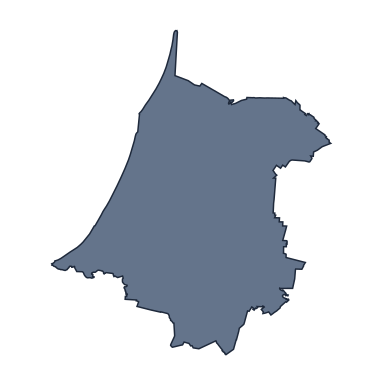 outline of Guasave, Sinaloa, Mexico, rotated 94°
{"feature_id": "50627088B56884755613455", "entity_name": "Guasave", "entity_type": "district", "adm_level": 2, "iso_a3": "MEX", "parent_name": "Mexico", "parent_adm1": "Sinaloa", "projection": "orthographic", "projection_center": [-108.478, 25.508], "detail": "fine", "context": "isolated", "style": "filled", "palette": "slate", "viewbox_px": 384, "rotation_deg": 94, "n_neighbors": 0, "source": "geoboundaries", "source_scale": "gbopen_adm2", "svg_char_len": 5852}
<svg xmlns="http://www.w3.org/2000/svg" viewBox="0 0 384 384"><g transform="rotate(94 192 192)"><path d="M303.7,251.2L303.6,239.9L304.4,240.0L304.4,239.9L304.7,238.7L305.3,237.6L310.0,238.9L312.5,225.1L314.1,214.8L313.7,214.7L315.0,207.6L315.9,206.8L317.0,206.1L318.9,205.8L320.4,204.5L321.5,204.4L322.4,203.0L324.1,201.6L324.1,200.9L336.4,199.3L337.3,199.4L345.5,202.5L345.9,202.6L346.6,202.6L348.1,201.0L348.2,200.7L347.7,199.0L345.7,192.7L345.6,192.4L345.2,190.8L344.5,190.4L343.6,190.1L343.2,189.8L342.3,189.5L342.3,189.2L343.3,184.4L345.6,182.6L345.3,181.2L347.4,179.9L347.9,174.2L338.8,157.8L339.4,157.3L340.2,157.2L340.9,156.9L341.1,156.4L345.9,152.2L347.5,150.6L347.9,150.6L348.1,150.9L348.4,150.7L348.8,150.2L348.8,149.8L349.5,149.5L349.6,148.6L350.5,147.9L350.6,148.1L351.2,147.8L351.9,146.8L346.0,139.6L336.6,137.7L336.0,137.5L336.1,137.3L327.8,135.7L324.6,135.3L320.4,131.1L318.5,130.6L306.8,128.3L307.0,126.7L302.5,124.3L303.7,122.5L304.7,123.1L305.5,121.8L303.4,120.5L303.7,119.7L303.6,119.4L302.5,118.4L301.7,119.0L301.6,114.4L301.0,113.7L301.4,113.5L301.0,112.6L301.7,111.9L304.3,114.7L306.6,112.5L308.3,112.8L308.1,111.9L307.6,110.3L306.3,107.1L309.2,104.7L307.6,102.8L306.5,101.6L304.6,99.1L304.1,98.7L301.6,96.1L300.1,95.8L294.9,90.8L295.3,90.0L293.0,87.9L292.2,88.3L292.7,89.6L292.5,90.6L292.4,90.7L292.2,90.4L291.9,90.3L291.9,90.9L291.4,91.9L291.3,92.6L290.3,94.1L289.4,94.5L288.7,94.2L288.0,93.5L288.0,92.9L288.0,91.9L288.5,91.2L288.8,91.2L288.5,89.8L288.9,89.3L288.9,89.1L288.1,88.9L288.1,89.6L287.5,90.9L287.3,90.9L286.9,91.1L286.5,91.8L286.2,91.6L285.4,92.5L284.4,93.4L283.7,94.2L284.1,94.6L283.6,95.1L284.0,95.4L283.5,96.6L283.3,97.0L282.4,97.8L281.8,97.8L282.0,97.1L282.0,96.9L281.1,84.9L271.6,83.5L262.4,83.4L261.6,83.2L261.4,77.0L258.0,75.5L257.4,75.6L254.4,74.0L250.8,93.6L247.5,93.8L247.4,94.1L247.0,95.2L246.7,96.5L245.4,96.5L240.2,96.8L240.0,94.1L237.2,94.3L237.4,93.6L237.2,93.6L235.9,93.6L235.8,93.8L234.6,93.7L234.0,94.1L234.0,98.1L223.3,95.9L219.4,95.2L219.5,99.2L215.5,99.3L215.7,102.9L211.7,102.9L211.9,107.8L209.3,106.9L209.1,108.0L207.3,107.9L207.2,109.6L206.0,109.6L205.8,109.7L205.5,109.6L197.5,109.8L193.4,109.6L172.4,109.4L172.4,111.6L169.3,108.6L168.4,109.8L167.1,110.9L166.0,111.7L164.9,112.7L159.5,109.6L162.1,105.3L158.9,103.4L160.5,100.6L155.2,97.4L154.4,96.8L154.1,96.4L153.4,95.4L153.1,94.2L153.1,82.5L153.1,81.7L153.9,77.5L153.8,77.0L153.6,76.6L153.3,76.4L150.5,74.8L149.9,74.7L149.6,74.9L147.8,76.1L147.9,73.5L143.6,73.5L141.6,69.9L137.9,65.5L137.4,64.6L133.8,57.0L133.0,58.3L132.9,58.2L132.7,58.3L132.3,58.7L130.7,58.8L129.4,61.1L129.2,61.0L128.4,62.4L127.4,61.8L126.4,63.4L125.7,63.4L121.6,70.4L120.1,73.0L115.1,70.0L114.4,71.4L113.8,70.9L113.3,71.6L113.0,72.0L112.8,72.2L112.7,72.2L112.3,72.9L112.3,73.4L111.9,73.1L110.4,75.0L109.9,75.4L109.1,75.5L108.7,75.9L108.2,76.9L106.8,79.2L106.7,79.6L106.6,80.5L105.6,80.7L105.7,81.0L106.2,80.9L106.4,81.0L106.0,81.2L105.7,81.7L105.7,82.0L107.8,83.3L106.8,84.9L105.9,84.3L103.0,89.2L102.7,89.4L102.8,89.8L102.5,90.0L101.9,90.1L98.0,90.3L97.4,90.7L95.5,93.2L93.6,94.8L97.6,95.3L95.6,97.8L94.6,98.8L94.1,99.5L93.9,99.9L93.9,100.5L91.6,104.9L91.6,106.5L91.4,107.2L92.1,107.1L92.9,123.2L93.2,126.2L93.3,131.0L93.8,135.2L93.5,136.7L93.7,138.1L93.9,143.8L95.6,144.0L97.2,149.0L100.7,155.0L101.6,157.8L102.0,158.6L100.4,159.4L102.0,161.9L101.5,161.6L100.6,161.7L99.2,161.2L99.8,158.7L99.7,158.2L98.1,156.9L97.6,157.0L97.2,157.1L97.9,161.1L96.3,162.6L95.8,163.2L95.0,164.6L94.6,166.1L94.5,166.3L83.0,189.8L85.8,191.6L85.0,197.0L81.2,203.5L77.1,217.1L33.7,217.7L32.1,218.3L32.3,218.7L32.1,219.2L32.1,219.5L32.2,219.8L32.6,220.1L33.6,220.8L34.4,221.0L36.2,221.3L41.5,221.6L47.5,222.2L51.5,222.9L56.1,223.6L65.8,225.7L69.3,226.5L75.6,228.4L81.7,230.7L85.9,232.4L91.7,235.1L103.4,241.4L108.2,244.4L113.1,247.0L115.3,248.4L116.4,249.4L117.5,250.2L117.8,250.2L118.1,250.0L118.2,249.8L135.9,250.3L136.6,251.0L138.0,251.9L140.2,252.4L145.0,253.1L159.1,256.2L164.4,257.6L173.3,260.5L181.8,263.6L191.1,267.2L206.6,273.7L211.8,276.2L215.0,278.0L217.6,279.4L221.4,281.0L232.4,286.3L232.7,287.1L241.0,291.2L249.6,297.2L252.0,299.3L255.3,302.6L260.3,309.3L267.2,317.9L269.0,320.7L270.0,323.0L270.2,323.9L270.4,324.0L270.9,324.0L271.1,324.1L271.5,324.3L272.2,324.9L273.1,326.1L273.2,326.7L273.5,327.0L273.9,326.6L274.2,326.5L274.4,326.1L274.8,326.4L274.9,325.8L275.4,324.9L275.8,324.5L276.1,322.8L276.6,322.5L277.9,320.6L278.2,319.6L278.2,318.9L278.6,317.5L278.5,316.1L278.8,315.1L279.1,313.2L278.9,312.5L278.3,311.7L278.1,311.1L277.3,310.8L277.0,310.3L276.3,310.0L276.0,309.5L274.9,309.1L274.5,308.4L274.6,306.8L274.8,306.7L275.4,306.7L275.4,306.2L275.2,306.1L275.0,305.2L274.7,304.7L274.4,304.3L274.6,303.9L275.5,303.9L279.4,301.4L279.2,295.8L279.9,294.8L282.1,293.7L283.6,292.5L284.6,291.3L284.9,290.0L284.6,288.4L284.6,287.3L284.8,286.6L284.9,285.9L284.1,283.9L283.6,283.7L283.3,284.1L283.4,284.7L283.4,285.1L283.0,285.4L282.0,285.1L281.4,285.1L281.0,285.4L281.1,285.9L281.0,286.3L280.7,286.5L280.0,286.4L279.4,285.9L278.9,284.8L278.8,283.0L278.6,282.6L277.4,281.4L276.6,280.3L276.5,279.6L276.7,278.4L276.8,277.2L277.1,276.6L277.1,275.7L277.7,275.1L278.3,274.6L279.3,274.5L279.6,274.4L279.8,273.8L279.6,273.7L279.3,273.6L279.2,273.7L279.1,272.8L278.5,272.3L278.4,272.0L278.8,265.3L278.9,265.1L281.0,264.4L281.8,263.9L281.2,263.2L282.5,260.2L280.7,255.4L282.8,254.6L283.7,255.3L285.6,255.2L286.7,255.0L288.1,253.8L289.0,252.8L289.6,250.2L290.3,250.3L290.9,250.9L291.3,252.0L291.3,252.7L292.1,253.1L292.5,253.0L293.8,252.0L294.5,252.0L294.6,251.8L295.0,251.6L295.3,251.4L295.7,251.5L295.8,251.3L296.6,250.9L296.8,251.0L297.2,251.0L297.6,250.8L297.8,250.1L298.1,249.7L298.5,249.4L298.9,249.4L299.1,249.5L299.2,249.8L299.1,250.0L298.8,250.3L298.8,250.6L299.1,250.5L299.6,250.1L300.8,249.9L300.9,251.2L303.7,251.2Z" fill="#64748b" stroke="#1e293b" stroke-width="1.5"/></g></svg>